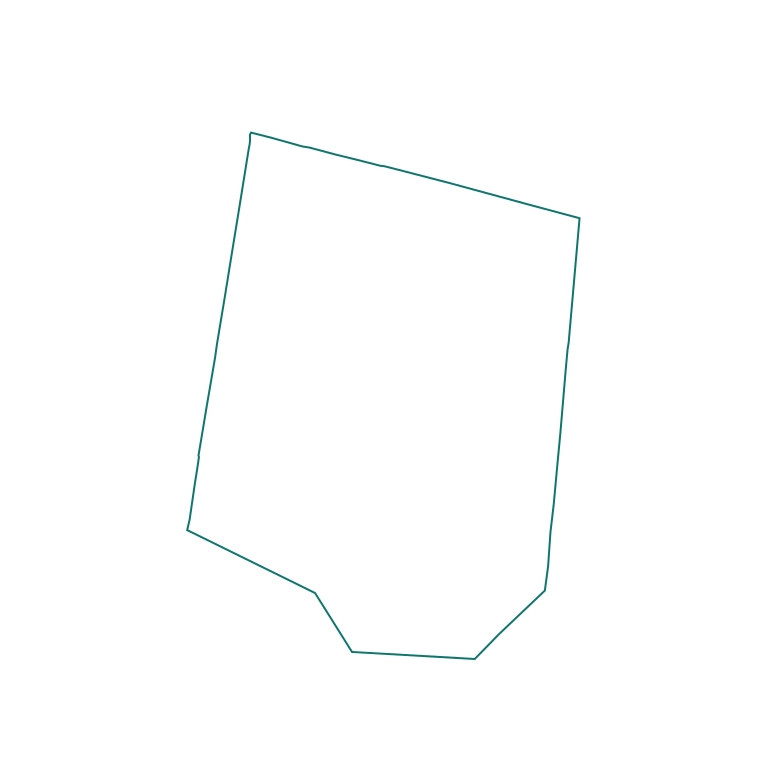 Bagaxangai, Töv, Mongolia, rotated 212°
{"feature_id": "93677404B94518670866672", "entity_name": "Bagaxangai", "entity_type": "district", "adm_level": 2, "iso_a3": "MNG", "parent_name": "Mongolia", "parent_adm1": "Töv", "projection": "albers", "projection_center": [107.475, 47.372], "detail": "fine", "context": "isolated", "style": "outline", "palette": "teal", "viewbox_px": 768, "rotation_deg": 212, "n_neighbors": 0, "source": "geoboundaries", "source_scale": "gbopen_adm2", "svg_char_len": 850}
<svg xmlns="http://www.w3.org/2000/svg" viewBox="0 0 768 768"><g transform="rotate(212 384 384)"><path d="M473.5,155.8L331.7,170.2L269.1,139.8L161.3,198.9L154.0,232.5L140.0,286.8L138.1,294.0L148.3,316.5L164.4,346.7L176.2,371.7L194.5,408.0L208.7,436.4L237.2,491.9L246.7,510.7L249.4,517.1L251.7,521.6L306.0,628.2L346.7,615.8L359.8,611.8L435.7,588.9L494.4,570.4L495.6,570.0L499.0,568.9L501.6,567.7L503.1,567.0L505.0,566.4L513.0,563.9L516.0,562.9L521.1,561.3L521.8,561.1L522.7,560.8L546.7,552.9L572.8,544.9L579.1,542.2L608.8,533.5L629.9,526.8L629.8,524.4L626.7,519.6L625.0,516.2L623.5,512.2L599.3,454.8L573.3,392.8L572.6,391.2L571.9,389.5L571.1,387.7L568.2,380.6L567.6,379.4L546.7,329.1L541.0,316.3L522.8,271.8L514.7,252.3L503.4,225.0L502.3,224.1L498.8,216.2L491.3,198.6L476.9,165.8L473.5,155.8Z" fill="none" stroke="#0f766e" stroke-width="2"/></g></svg>